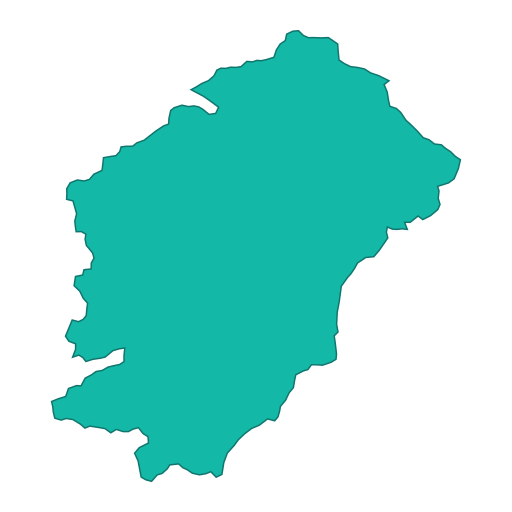 Cajati, São Paulo, Brazil (orthographic projection)
{"feature_id": "56859067B27281882546781", "entity_name": "Cajati", "entity_type": "district", "adm_level": 2, "iso_a3": "BRA", "parent_name": "Brazil", "parent_adm1": "São Paulo", "projection": "orthographic", "projection_center": [-48.207, -24.777], "detail": "fine", "context": "isolated", "style": "filled", "palette": "teal", "viewbox_px": 512, "rotation_deg": 0, "n_neighbors": 0, "source": "geoboundaries", "source_scale": "gbopen_adm2", "svg_char_len": 3004}
<svg xmlns="http://www.w3.org/2000/svg" viewBox="0 0 512 512"><path d="M216.2,477.2L221.9,474.4L223.8,462.6L227.3,453.1L234.2,445.4L238.3,439.8L244.6,433.8L251.7,428.4L259.3,425.2L267.6,418.9L274.7,420.8L278.0,416.8L279.6,411.1L280.4,406.4L285.6,400.2L289.1,392.8L293.4,387.6L294.6,380.3L295.8,374.8L303.6,370.8L307.9,369.6L311.4,364.8L316.8,364.8L322.5,365.2L331.0,362.3L336.0,359.3L336.5,354.0L335.3,343.6L334.2,335.8L338.0,332.0L336.6,324.3L337.2,312.3L339.2,301.8L341.3,286.2L347.7,277.3L350.8,273.9L354.5,268.5L357.5,263.0L365.7,257.5L373.8,256.7L379.2,250.4L387.8,237.9L386.4,232.2L387.3,227.0L392.3,229.1L396.8,229.4L402.3,228.8L407.3,229.4L404.6,222.3L410.2,222.3L418.1,216.0L422.8,219.6L430.6,215.6L437.8,209.6L440.0,204.5L438.2,198.3L439.0,191.0L437.6,186.3L443.5,184.5L448.5,182.9L454.1,178.8L458.4,168.5L460.4,159.7L455.2,156.3L450.7,151.8L445.0,148.0L441.4,144.8L434.5,144.0L429.1,139.8L423.2,137.7L417.4,131.2L411.5,125.3L405.9,120.2L400.7,112.4L396.4,108.5L389.8,106.3L388.5,100.3L387.2,92.0L384.1,84.5L389.0,80.8L379.0,75.8L370.4,72.8L364.6,69.0L357.8,67.5L350.4,66.6L343.8,63.3L339.0,59.9L338.1,50.6L337.7,44.0L328.4,37.6L321.0,37.9L313.7,37.6L308.5,37.7L303.5,35.6L298.5,30.7L292.8,31.2L286.7,34.1L285.3,40.6L280.2,44.0L276.4,49.9L273.9,57.3L266.0,59.7L261.3,60.7L256.8,60.4L252.5,61.9L246.8,61.4L241.1,66.6L236.2,67.4L230.6,67.2L225.7,68.4L220.9,68.2L216.9,70.1L214.0,75.8L208.4,80.7L202.0,83.4L195.8,87.2L191.1,89.7L203.7,96.4L210.8,101.4L218.6,107.2L215.7,113.4L209.1,114.4L202.7,109.2L198.7,106.9L193.9,105.9L188.4,106.6L182.0,105.2L174.2,107.7L170.7,110.5L169.0,118.1L168.6,124.1L163.6,125.9L155.8,131.1L148.6,136.7L144.2,140.2L136.8,142.9L132.7,146.2L126.2,146.3L121.1,146.9L119.7,151.7L115.9,155.7L110.3,156.5L103.5,157.7L102.9,163.7L102.0,170.4L93.9,174.2L89.4,179.4L84.2,181.0L77.3,180.0L70.2,182.8L66.7,188.8L66.9,193.8L66.6,199.3L73.0,200.9L76.6,213.7L74.8,221.0L75.4,226.7L76.2,231.7L81.4,231.6L85.9,234.2L85.1,239.2L86.4,245.5L89.9,249.6L92.7,253.2L94.0,258.2L91.3,263.0L91.1,269.0L84.0,269.7L82.7,275.0L75.5,276.5L74.1,285.7L79.8,291.2L83.3,298.4L87.6,303.2L86.9,308.3L86.2,315.7L83.0,319.5L78.5,321.7L72.2,320.0L69.1,327.5L65.5,336.2L68.9,341.3L75.6,343.8L75.6,349.3L72.6,357.2L78.8,355.1L82.7,357.4L85.9,361.5L92.8,359.3L100.4,358.2L105.1,357.1L113.0,350.6L119.3,348.8L124.8,348.0L124.0,355.5L124.0,361.6L119.6,364.5L113.7,365.7L108.0,367.1L102.1,370.5L96.1,371.5L91.4,374.9L85.2,378.1L81.0,385.9L76.5,385.6L68.5,388.5L65.7,396.5L58.5,398.7L51.6,401.5L52.8,407.0L53.3,412.0L54.8,418.2L61.2,420.1L66.1,418.5L72.8,419.5L80.5,424.2L84.9,428.1L89.8,426.1L97.6,427.3L105.0,428.6L110.8,432.8L116.3,429.4L123.2,431.6L128.4,431.6L133.1,429.1L138.4,427.6L143.1,433.6L148.0,436.7L148.5,443.0L139.3,447.6L134.6,453.2L138.1,460.9L139.5,468.3L141.2,477.1L145.9,479.8L151.6,481.3L157.3,474.8L162.0,473.5L167.2,468.9L169.8,464.9L178.6,463.9L182.8,467.7L187.1,469.6L192.3,473.2L199.4,474.8L205.8,473.7L210.8,471.7L216.2,477.2Z" fill="#14b8a6" stroke="#0f766e" stroke-width="1.5"/></svg>